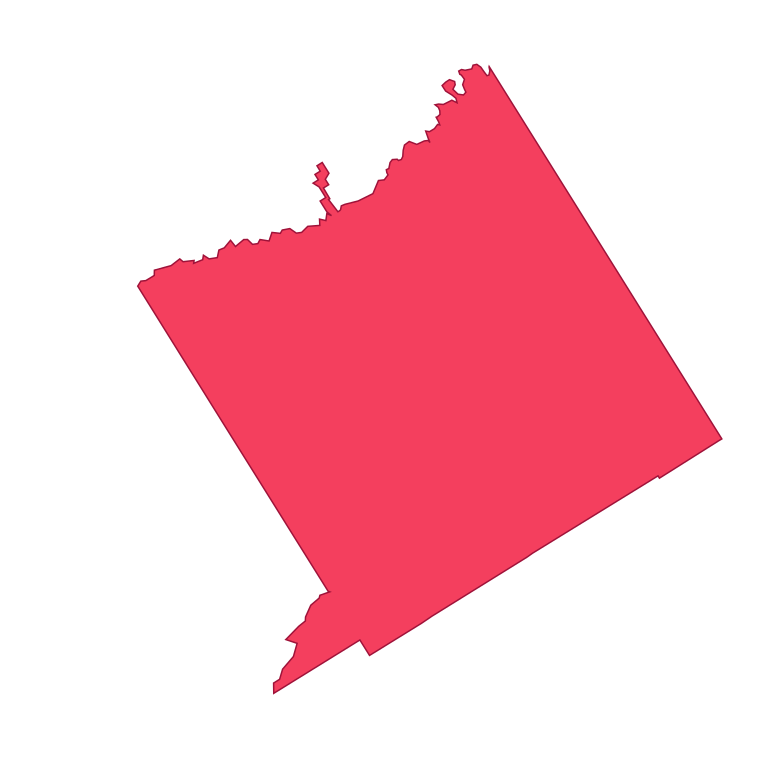 Emery, Utah, United States of America (Natural Earth projection), rotated 238°
{"feature_id": "52423323B48025337420710", "entity_name": "Emery", "entity_type": "district", "adm_level": 2, "iso_a3": "USA", "parent_name": "United States of America", "parent_adm1": "Utah", "projection": "natural_earth1", "projection_center": [-110.277, 39.102], "detail": "fine", "context": "isolated", "style": "filled", "palette": "rose", "viewbox_px": 768, "rotation_deg": 238, "n_neighbors": 0, "source": "geoboundaries", "source_scale": "gbopen_adm2", "svg_char_len": 2019}
<svg xmlns="http://www.w3.org/2000/svg" viewBox="0 0 768 768"><g transform="rotate(238 384 384)"><path d="M158.5,637.0L158.4,641.4L418.9,641.4L597.5,641.4L597.2,641.1L593.5,639.7L590.4,636.7L590.9,634.7L595.6,634.3L601.4,634.0L605.9,632.1L607.2,628.5L604.7,625.4L607.1,619.0L609.6,616.4L609.8,613.2L606.5,612.4L605.0,613.3L599.8,613.7L596.1,609.3L591.1,608.4L588.1,608.1L587.0,604.6L590.6,600.3L597.4,598.6L600.0,602.9L603.1,604.2L607.4,600.8L607.3,596.2L606.3,591.4L599.8,591.5L593.0,594.8L588.2,596.4L583.8,595.0L588.7,591.9L589.6,582.5L592.5,578.6L593.7,575.3L589.8,576.7L586.1,576.1L582.9,574.3L582.3,570.8L582.6,569.6L577.7,569.3L574.2,568.6L575.7,567.0L573.8,562.1L573.9,556.3L576.4,553.4L569.0,551.7L564.4,550.9L567.1,550.6L568.8,546.9L569.8,538.8L576.3,533.9L575.8,528.0L572.0,524.1L567.0,520.5L565.2,517.7L565.9,514.7L567.6,514.3L569.9,510.0L568.6,506.5L564.2,502.3L564.5,499.5L561.7,498.4L559.2,498.2L557.0,492.4L559.5,487.1L551.3,475.5L552.9,459.1L557.1,446.0L557.7,442.2L554.9,439.6L554.5,438.6L554.5,436.2L569.8,434.7L569.8,436.2L582.3,436.5L582.3,442.7L588.7,442.7L591.9,449.0L604.6,449.0L604.6,442.8L598.3,442.7L598.3,436.5L591.9,436.5L591.9,430.3L585.5,433.4L573.0,433.4L573.0,426.8L560.2,426.8L554.6,428.7L558.8,425.8L553.4,421.3L558.0,416.7L552.5,413.6L558.1,402.9L556.2,394.5L558.4,389.6L565.7,386.5L568.5,379.3L566.7,375.9L571.9,369.3L566.2,362.3L572.2,355.4L569.9,351.4L572.1,346.5L578.9,344.8L580.8,341.6L579.3,330.9L587.2,330.0L584.1,320.7L585.1,315.0L579.5,309.6L582.8,302.0L588.9,299.1L585.5,296.1L587.2,286.5L589.4,288.4L594.2,278.4L598.3,277.1L597.2,266.2L602.2,249.6L597.8,246.7L597.9,236.8L600.1,232.3L597.5,227.0L435.9,226.8L237.8,226.8L236.5,227.8L238.8,217.7L236.8,215.6L235.2,204.7L228.0,194.0L224.7,191.7L223.7,183.3L219.3,165.3L210.1,172.9L200.9,162.8L195.9,146.9L188.9,139.0L188.9,131.9L180.1,126.6L179.7,227.9L161.5,227.9L161.4,246.9L161.2,289.3L161.7,301.7L161.4,413.8L161.8,420.0L160.9,567.7L158.2,567.7L158.5,637.0Z" fill="#f43f5e" stroke="#9f1239" stroke-width="1.5"/></g></svg>